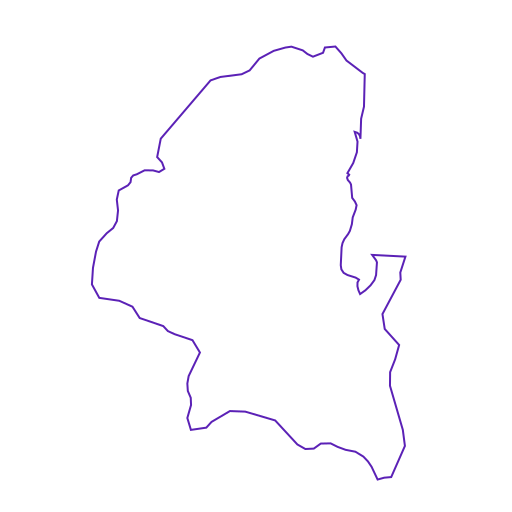 outline of Bursa, rotated 94°
{"feature_id": "TUR-2264", "entity_name": "Bursa", "entity_type": "Province", "adm_level": 1, "iso_a3": "TUR", "parent_name": "Turkey", "parent_adm1": "", "projection": "mercator", "projection_center": [28.985, 40.083], "detail": "fine", "context": "isolated", "style": "outline", "palette": "violet", "viewbox_px": 512, "rotation_deg": 94, "n_neighbors": 0, "source": "natural_earth", "source_scale": "10m", "svg_char_len": 1750}
<svg xmlns="http://www.w3.org/2000/svg" viewBox="0 0 512 512"><g transform="rotate(94 256 256)"><path d="M66.9,160.2L99.5,158.7L111.7,160.7L131.8,160.0L129.3,160.6L127.4,161.7L126.0,163.5L125.3,166.2L134.8,162.7L145.5,162.6L156.5,165.5L167.0,170.6L168.4,168.7L169.3,169.1L170.1,170.2L171.7,170.6L173.8,169.7L176.2,167.3L178.1,166.2L191.3,164.1L194.8,161.1L198.3,159.2L202.8,159.8L210.7,162.2L217.7,162.6L224.4,164.1L227.6,165.6L233.1,169.1L237.1,170.6L241.3,171.2L259.3,170.8L263.4,169.9L266.7,167.4L268.6,163.4L270.6,155.1L272.4,151.6L275.3,152.9L279.1,152.7L283.1,151.4L286.7,149.5L282.5,144.4L277.3,139.7L271.8,136.2L266.7,134.9L253.9,134.9L251.9,135.9L246.8,140.2L246.2,106.9L262.4,110.9L269.6,110.0L305.1,125.8L319.8,122.5L334.8,107.0L349.4,110.0L362.5,114.1L376.1,113.3L419.2,97.4L435.1,94.2L467.1,105.7L468.2,112.6L470.5,119.1L458.2,126.0L453.1,130.0L448.6,134.9L444.3,143.2L443.1,153.1L440.7,161.3L437.7,168.5L438.6,178.3L444.1,184.9L445.1,193.3L441.1,201.6L418.7,225.4L412.0,255.9L412.5,271.2L424.6,288.8L430.7,293.6L434.0,308.8L422.4,313.2L409.2,310.4L402.0,311.2L395.4,314.6L388.0,315.6L380.5,314.8L356.2,305.2L344.4,313.5L339.7,331.6L337.1,338.6L332.4,343.6L326.0,367.7L315.2,375.7L310.2,389.3L308.7,409.4L295.8,417.7L279.2,417.8L262.8,415.9L252.5,413.4L243.7,406.5L238.0,400.4L230.9,397.2L220.2,396.8L209.4,398.8L200.2,397.5L194.4,388.6L191.1,386.3L186.7,386.0L184.2,384.1L182.8,380.6L178.3,373.1L177.8,364.7L179.0,358.6L175.4,353.5L169.2,356.3L164.2,361.5L145.6,359.2L84.0,313.6L79.9,304.1L75.7,283.0L71.3,275.3L58.8,266.4L50.1,252.6L46.0,241.2L44.7,235.3L47.6,223.7L50.9,218.8L53.2,213.1L48.6,203.3L43.2,201.8L41.5,191.4L47.8,185.0L54.7,179.4L65.9,162.3L66.9,160.2L66.9,160.2Z" fill="none" stroke="#5b21b6" stroke-width="2"/></g></svg>